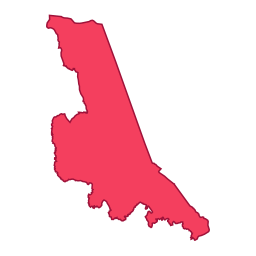 Qibing, Mafeteng, Lesotho, rotated 182°
{"feature_id": "5366337B9328437172826", "entity_name": "Qibing", "entity_type": "district", "adm_level": 2, "iso_a3": "LSO", "parent_name": "Lesotho", "parent_adm1": "Mafeteng", "projection": "robinson", "projection_center": [27.156, -29.771], "detail": "fine", "context": "isolated", "style": "filled", "palette": "rose", "viewbox_px": 256, "rotation_deg": 182, "n_neighbors": 0, "source": "geoboundaries", "source_scale": "gbopen_adm2", "svg_char_len": 5702}
<svg xmlns="http://www.w3.org/2000/svg" viewBox="0 0 256 256"><g transform="rotate(182 128 128)"><path d="M210.4,237.8L210.1,233.8L212.4,230.2L212.7,228.2L212.7,226.6L212.3,225.8L211.1,225.0L208.9,225.5L207.9,225.3L205.8,224.3L204.8,223.2L202.9,219.8L201.6,218.9L200.9,215.2L201.1,213.8L200.8,212.7L199.6,211.4L199.9,209.6L199.6,208.6L200.1,205.5L198.3,205.9L197.6,205.1L197.1,204.1L197.0,202.9L197.5,201.0L197.3,197.6L194.4,190.4L194.3,189.3L194.7,188.2L194.0,187.9L193.5,188.2L192.2,187.3L191.8,187.6L191.1,186.3L190.4,186.0L190.0,185.4L189.3,185.1L188.8,185.3L188.3,184.7L185.9,183.7L185.6,183.7L185.1,184.3L184.8,185.5L183.6,185.5L183.7,184.6L182.5,183.3L182.3,182.5L180.0,181.7L180.1,177.5L179.3,174.4L178.7,170.3L178.0,168.2L177.8,164.5L176.3,160.5L173.7,156.7L173.4,154.5L173.9,153.3L173.7,152.9L173.0,152.9L172.4,151.3L172.5,151.1L171.5,150.3L171.4,149.6L170.7,148.6L170.4,145.8L170.0,144.8L169.4,144.1L169.6,142.9L169.1,142.7L169.3,141.6L169.6,141.5L170.7,141.6L171.3,142.3L172.0,142.0L172.6,142.1L172.7,142.3L173.2,141.8L174.5,141.6L175.2,141.9L175.9,141.7L176.3,142.0L178.0,142.0L177.3,140.7L179.7,139.6L181.7,137.8L182.2,136.8L184.4,135.1L186.2,131.6L189.6,135.2L191.3,138.2L191.6,139.7L192.2,139.9L193.7,139.3L194.7,139.9L196.1,139.5L197.7,138.0L198.9,137.9L200.3,136.6L202.0,136.4L202.7,135.5L203.9,132.6L203.5,130.2L204.5,129.1L204.2,128.2L204.3,127.7L203.5,127.2L203.4,126.8L203.9,125.7L203.7,125.1L204.4,124.7L203.9,123.9L204.2,121.0L203.8,120.7L203.5,119.8L204.2,119.5L204.2,119.2L203.8,118.7L203.3,119.1L203.0,118.9L203.7,117.8L203.0,117.2L202.9,116.4L203.2,115.7L202.9,115.1L203.4,112.2L202.3,111.0L202.2,110.7L202.5,110.2L200.9,109.6L200.2,106.9L199.0,105.5L199.1,105.2L199.9,104.6L199.1,103.4L199.3,103.0L199.9,103.2L200.0,102.8L199.9,102.2L199.6,101.8L199.7,101.2L200.3,101.2L200.6,100.9L200.6,100.2L200.2,99.8L199.5,98.0L199.0,97.6L199.1,96.6L198.8,96.0L199.2,95.6L200.2,95.6L200.2,95.0L199.1,94.9L199.3,94.3L199.7,94.5L200.0,94.1L199.0,93.5L198.9,92.6L198.4,92.3L200.1,91.3L200.0,90.4L200.4,88.0L199.6,87.1L200.1,85.5L199.4,85.0L199.9,84.1L199.1,82.8L199.1,82.1L198.8,81.7L198.3,81.9L196.8,81.0L196.8,80.6L197.2,80.1L196.5,79.4L196.7,78.7L196.5,78.2L194.9,76.7L193.7,76.1L193.7,75.1L193.5,74.8L192.6,74.7L192.2,74.0L191.1,73.6L190.6,72.7L189.1,72.1L188.8,72.3L188.7,72.7L187.2,73.0L186.3,73.5L185.5,74.6L184.2,74.3L183.1,74.8L181.1,75.0L178.9,74.1L178.7,73.6L177.7,73.8L176.2,73.5L173.4,73.8L171.2,72.9L169.6,72.8L167.8,72.3L167.2,71.9L166.6,70.6L166.0,70.2L165.5,70.2L165.1,70.6L165.0,71.5L164.8,71.7L163.8,71.8L162.5,71.4L161.7,70.4L161.9,66.2L161.6,65.7L160.8,65.3L161.6,64.2L161.1,62.7L162.3,62.1L161.9,61.2L162.7,60.4L163.8,59.8L164.8,60.5L165.4,59.3L165.3,58.4L165.4,57.5L164.3,56.7L164.7,56.2L164.5,55.8L164.9,54.2L164.6,52.4L165.1,52.0L165.1,51.7L163.9,50.5L164.0,50.0L164.4,49.8L163.9,48.8L162.7,47.6L161.9,48.4L160.6,48.4L160.3,47.1L159.1,46.6L158.7,47.5L159.2,48.8L158.9,49.0L158.3,48.4L157.4,48.0L157.0,48.0L156.3,48.8L154.6,47.4L154.0,47.4L152.7,48.3L151.5,50.0L151.6,51.9L150.7,54.0L149.5,55.2L148.8,54.9L147.4,54.1L146.5,53.2L146.1,52.1L144.4,49.6L143.3,47.3L143.2,46.4L142.9,46.4L142.4,45.8L142.2,45.1L143.8,44.2L143.7,43.5L144.6,42.7L144.3,42.3L144.2,41.6L143.7,41.2L143.5,40.2L143.5,39.1L142.8,38.6L141.7,38.4L141.1,36.1L139.3,36.1L138.4,37.2L137.5,37.7L137.0,37.2L136.0,38.1L135.8,37.3L135.1,37.2L133.9,36.3L132.4,36.4L131.6,35.4L130.7,35.0L129.3,35.2L128.6,36.0L128.3,35.9L127.8,36.3L127.2,36.4L127.0,37.3L127.4,38.1L128.4,39.2L128.2,39.7L127.8,39.8L126.3,39.3L124.9,40.0L124.8,40.5L125.3,40.9L125.1,41.4L124.5,41.8L123.3,41.7L122.8,42.5L122.7,43.3L122.1,43.4L121.5,44.4L120.7,44.7L119.9,45.9L120.0,46.5L119.4,47.1L119.4,48.0L118.9,49.1L118.0,49.2L118.0,50.2L116.5,51.0L116.5,52.0L115.5,52.2L113.8,54.0L113.1,54.3L111.2,53.3L110.5,53.3L110.1,52.5L109.6,52.6L107.1,51.8L106.9,51.3L107.8,48.3L107.6,47.7L106.9,47.7L105.9,48.4L105.7,50.4L104.8,50.6L102.3,47.5L100.7,45.2L100.6,44.7L101.0,44.2L101.8,43.8L102.6,44.2L103.0,45.0L103.7,45.5L104.1,45.5L104.9,45.1L106.0,41.5L107.6,39.9L106.2,37.8L106.0,36.8L105.3,36.2L104.2,34.6L104.3,32.2L103.4,30.4L102.1,29.9L101.5,29.4L100.8,29.9L100.3,32.1L100.5,33.1L100.4,33.6L99.1,34.0L98.3,33.7L97.8,33.9L96.9,34.7L96.1,35.0L95.5,36.1L95.5,36.6L96.8,37.4L96.8,38.0L95.3,37.8L95.0,38.3L94.5,38.5L93.3,37.7L91.9,38.8L91.5,38.7L91.1,37.2L90.8,37.1L90.4,37.5L90.8,38.7L90.7,39.5L90.4,39.9L90.0,39.9L89.7,39.9L88.7,37.9L88.1,37.5L87.6,37.6L86.4,38.7L84.9,39.0L84.3,38.7L84.0,38.1L85.1,37.0L85.0,36.0L84.1,35.4L83.3,33.7L82.6,33.6L82.0,32.1L79.9,32.8L80.2,33.8L80.0,34.9L79.7,35.6L79.1,36.1L77.9,35.3L77.7,34.8L77.0,34.2L75.2,34.4L74.0,35.0L72.6,35.1L71.9,35.9L70.1,35.9L70.1,35.3L69.6,34.1L70.2,33.8L70.3,33.4L70.1,31.6L69.5,31.2L69.0,29.7L68.0,29.2L67.0,29.6L66.0,28.9L64.9,29.2L63.9,28.8L63.4,28.3L63.3,27.6L62.5,27.6L62.0,27.3L61.7,26.7L61.1,26.5L60.5,24.9L60.1,24.9L61.1,22.3L60.6,21.4L61.5,20.8L60.9,19.9L61.0,19.1L60.1,19.5L59.3,20.5L57.9,19.2L57.6,18.4L57.2,18.2L54.9,19.6L54.5,21.2L53.5,22.4L50.8,23.2L47.8,24.6L43.9,27.2L43.4,28.1L43.3,29.4L44.8,33.7L44.6,37.3L45.1,38.5L47.3,39.9L49.0,40.3L49.3,41.4L50.1,41.7L52.2,41.2L52.8,41.4L54.1,43.3L54.1,44.3L54.7,44.7L55.4,45.7L56.6,46.1L57.3,46.6L57.9,47.5L58.0,48.2L58.9,49.0L59.6,50.0L60.2,50.1L60.8,51.0L63.4,52.3L79.6,73.0L79.7,73.7L80.5,73.9L86.6,78.4L89.8,81.1L95.4,84.6L95.8,85.7L93.6,88.4L97.6,90.9L97.9,91.4L99.1,92.6L99.9,92.7L100.9,93.7L101.7,93.5L102.6,93.9L110.8,113.4L142.4,193.2L157.7,230.7L162.2,231.1L163.4,231.6L166.1,233.9L167.4,234.4L169.0,234.0L170.6,233.0L178.1,231.2L180.0,230.9L183.4,230.9L185.2,231.2L188.6,234.9L189.5,235.2L192.4,235.7L195.5,235.8L197.4,236.3L198.4,237.0L210.4,237.8Z" fill="#f43f5e" stroke="#9f1239" stroke-width="1.5"/></g></svg>